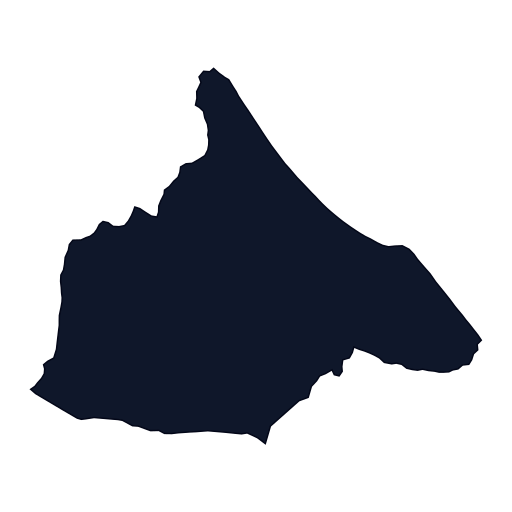 the district of Aquiraz, Ceará, Brazil
{"feature_id": "56859067B18185438473519", "entity_name": "Aquiraz", "entity_type": "district", "adm_level": 2, "iso_a3": "BRA", "parent_name": "Brazil", "parent_adm1": "Ceará", "projection": "mercator", "projection_center": [-38.388, -3.948], "detail": "fine", "context": "isolated", "style": "filled", "palette": "ink", "viewbox_px": 512, "rotation_deg": 0, "n_neighbors": 0, "source": "geoboundaries", "source_scale": "gbopen_adm2", "svg_char_len": 2560}
<svg xmlns="http://www.w3.org/2000/svg" viewBox="0 0 512 512"><path d="M224.8,77.5L218.8,73.1L213.6,68.4L209.8,71.7L203.6,71.3L199.0,76.9L201.0,82.4L198.9,87.0L196.7,91.5L196.9,98.4L195.5,105.1L199.4,107.4L203.5,111.3L204.8,117.9L207.5,124.2L208.4,130.4L207.8,135.0L208.9,139.7L208.7,145.1L207.8,149.9L204.9,155.6L198.1,159.9L192.1,163.3L186.0,163.8L180.6,166.9L179.9,172.4L178.0,177.4L173.8,181.1L169.4,186.5L164.5,190.1L164.1,194.3L160.9,200.6L158.8,205.9L158.6,212.2L157.0,217.0L151.3,216.1L144.7,211.9L139.8,208.6L134.8,207.0L133.4,211.1L131.4,215.8L128.4,221.1L124.6,225.6L119.1,226.7L113.0,226.4L108.2,222.7L103.0,221.5L99.4,224.5L96.9,229.5L94.3,233.1L90.1,236.3L86.2,237.6L81.0,240.0L72.9,240.2L69.4,244.5L68.3,250.4L65.2,257.3L64.5,264.5L63.5,270.1L60.9,275.0L60.6,281.3L61.3,287.5L61.6,293.0L62.2,297.7L62.0,302.0L61.0,307.7L59.4,315.4L59.3,320.2L59.3,325.4L58.7,330.2L57.9,337.0L57.1,343.8L56.5,349.3L53.8,358.0L47.7,361.3L43.6,364.7L44.7,368.8L44.3,373.7L41.6,378.4L37.5,383.0L35.0,386.3L30.7,389.3L35.7,393.6L63.3,410.0L77.2,418.1L81.3,419.3L85.5,418.8L94.0,417.5L104.9,418.4L111.8,419.0L118.0,419.5L122.5,420.3L132.5,425.7L138.2,426.1L150.5,430.6L158.8,430.4L164.5,433.4L171.7,433.5L178.6,432.7L184.5,432.3L190.0,431.9L196.0,431.6L207.8,430.7L225.5,432.2L235.2,433.2L241.6,433.8L247.2,432.9L252.7,435.4L257.5,437.7L265.3,443.6L270.4,426.1L299.0,400.7L308.2,397.3L311.4,386.3L316.6,380.7L319.6,375.9L325.4,373.6L332.0,369.8L334.3,374.7L339.1,375.9L342.2,371.4L341.8,366.6L342.7,359.8L349.3,357.9L352.3,352.5L353.8,347.0L359.4,349.3L364.5,350.9L369.4,352.8L374.2,355.0L379.5,357.9L384.3,362.4L391.7,363.8L396.3,363.1L401.8,364.3L406.7,368.2L412.3,369.5L417.6,370.2L422.5,369.2L428.6,370.5L434.5,371.1L439.0,372.1L443.8,372.1L448.9,371.8L452.7,369.9L458.0,368.9L462.5,365.0L468.8,364.3L471.6,359.8L473.5,353.8L477.7,349.9L477.2,344.3L481.3,340.2L477.8,335.0L473.3,329.3L469.9,324.9L465.8,320.0L462.2,315.2L457.9,310.1L454.8,306.3L450.0,299.8L445.8,294.5L442.5,290.4L435.7,282.0L430.0,273.8L425.9,269.2L420.0,262.4L417.3,259.2L413.9,254.3L409.1,249.3L402.3,245.8L395.0,246.1L388.5,246.8L382.6,245.4L376.9,242.7L370.4,239.0L365.2,236.5L359.5,233.1L355.4,230.4L350.6,227.2L343.2,221.9L339.1,218.7L334.3,214.8L330.2,211.3L327.1,208.6L322.1,203.8L318.4,200.0L315.5,196.8L311.4,192.7L306.9,187.9L301.0,181.7L297.0,177.6L292.6,172.4L289.0,168.2L284.9,163.7L271.5,145.9L266.7,138.9L262.0,131.8L259.5,127.9L253.0,118.1L248.1,110.6L243.9,104.5L238.4,96.1L236.1,91.6L233.0,86.8L228.7,79.7L224.8,77.5Z" fill="#0f172a" stroke="#020617" stroke-width="1.5"/></svg>